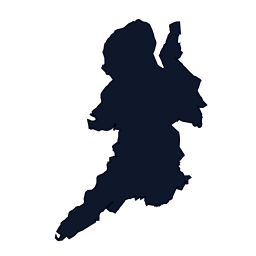 Tureni, Cluj, Romania (orthographic projection), rotated 266°
{"feature_id": "2599482B36645978156904", "entity_name": "Tureni", "entity_type": "district", "adm_level": 2, "iso_a3": "ROU", "parent_name": "Romania", "parent_adm1": "Cluj", "projection": "orthographic", "projection_center": [23.671, 46.648], "detail": "fine", "context": "isolated", "style": "filled", "palette": "ink", "viewbox_px": 256, "rotation_deg": 266, "n_neighbors": 0, "source": "geoboundaries", "source_scale": "gbopen_adm2", "svg_char_len": 5789}
<svg xmlns="http://www.w3.org/2000/svg" viewBox="0 0 256 256"><g transform="rotate(266 128 128)"><path d="M48.8,152.3L48.2,153.6L48.8,153.8L49.0,155.2L50.1,155.6L50.1,156.1L49.8,157.0L50.4,158.3L50.2,161.0L51.8,162.8L52.4,163.2L52.8,162.9L53.3,163.7L54.3,166.5L55.0,166.9L57.3,167.7L63.2,170.9L65.6,172.5L66.0,173.2L65.4,173.7L64.2,173.0L62.7,176.8L63.6,177.8L65.5,178.7L67.2,180.0L70.8,181.1L70.8,182.4L68.4,181.9L68.5,183.7L72.5,183.8L74.3,187.1L75.6,186.0L76.0,185.4L75.8,184.2L76.0,182.3L75.9,180.9L76.0,180.6L79.2,179.3L79.8,178.6L80.0,177.9L81.4,176.5L81.9,176.3L82.3,176.2L84.0,176.6L85.2,175.9L85.2,175.6L87.0,174.8L87.9,176.7L89.7,176.1L90.1,176.8L91.5,175.7L92.0,176.6L93.1,177.9L93.0,178.2L95.7,180.5L96.4,181.5L97.0,182.0L105.5,177.4L111.8,178.3L115.5,178.4L120.2,178.0L120.5,177.4L128.2,170.4L130.7,174.6L131.9,177.2L131.6,177.7L133.3,179.4L131.2,183.0L128.6,193.2L127.4,193.1L126.6,193.3L125.4,194.5L125.3,195.6L125.8,197.0L125.8,197.7L125.6,198.0L124.9,198.0L124.1,198.3L123.8,199.0L123.8,199.7L124.5,201.0L125.2,201.4L126.9,201.6L129.4,201.5L133.8,202.1L133.7,202.4L136.4,201.8L136.6,202.3L143.9,199.5L144.3,199.5L143.7,201.7L143.7,203.6L143.4,204.1L145.5,207.9L149.7,204.4L153.1,203.2L154.5,202.0L159.9,199.4L161.2,199.5L163.2,200.7L169.6,203.2L170.1,203.9L170.4,203.8L171.4,203.0L173.5,200.0L174.3,199.1L174.9,197.2L179.9,192.5L184.1,189.2L186.2,187.2L188.0,186.3L190.7,183.5L191.7,182.9L193.2,181.5L193.5,181.0L194.2,180.6L194.2,182.9L194.3,183.4L194.8,184.2L195.4,184.8L197.6,185.9L198.0,186.4L199.4,187.3L201.5,185.2L203.9,185.9L208.4,185.0L208.7,185.2L208.6,184.1L208.8,183.5L210.6,183.1L215.8,184.0L217.1,184.9L219.1,185.4L218.5,186.7L230.1,186.6L230.1,183.6L229.8,182.1L229.5,181.1L227.7,177.0L227.4,177.1L226.0,176.8L224.3,177.1L222.3,177.0L221.5,177.4L221.0,177.4L219.6,176.8L217.7,174.8L216.8,174.9L215.8,174.1L215.2,174.0L212.3,172.6L211.5,172.3L211.0,172.4L209.9,171.9L209.4,171.4L208.8,171.1L208.5,170.1L207.7,170.1L207.4,169.6L205.4,168.7L204.9,168.3L204.7,167.9L203.1,167.2L201.7,166.1L201.0,166.1L199.0,165.3L198.8,165.1L198.7,164.8L198.0,164.5L196.3,165.3L191.8,166.9L190.0,167.3L185.9,168.9L185.3,168.4L184.4,166.8L188.5,161.6L200.7,157.6L202.7,158.9L209.2,161.2L210.7,161.6L212.9,161.3L216.2,160.2L219.7,159.7L223.8,158.6L229.3,156.6L229.9,156.3L230.2,155.6L231.9,153.3L232.2,151.4L232.6,150.2L232.9,149.6L235.0,146.9L235.3,146.3L235.3,145.6L234.5,143.7L233.3,143.1L232.9,142.4L233.6,141.0L233.6,140.5L232.7,139.0L231.9,136.5L231.1,135.3L229.2,132.9L227.7,130.4L227.2,128.4L226.7,124.8L226.1,123.0L225.4,121.9L223.8,121.2L221.7,117.9L221.4,118.0L220.0,116.9L219.0,115.8L218.1,114.5L216.4,113.3L216.1,112.9L215.1,112.6L213.5,111.0L210.5,110.2L208.7,109.9L206.4,109.1L205.5,108.5L199.8,110.0L194.0,109.8L192.3,109.0L192.2,108.6L192.2,107.4L191.3,107.1L189.6,106.2L185.3,109.9L184.7,110.2L184.2,110.1L183.7,110.2L183.4,110.5L182.9,112.5L182.1,113.9L177.2,117.0L176.2,116.0L175.6,115.0L174.4,113.7L174.2,113.2L173.3,112.6L171.1,110.5L170.8,109.7L169.9,108.7L167.4,106.5L164.6,104.3L163.5,103.7L159.6,103.4L159.4,103.7L155.4,103.9L151.7,99.7L150.0,98.3L148.1,95.2L146.6,93.6L145.2,94.0L143.5,95.4L143.3,95.4L144.0,93.8L144.3,93.4L144.5,92.6L144.4,91.6L144.2,91.5L142.8,93.0L141.7,95.3L141.0,96.3L139.8,96.8L138.7,97.6L137.2,95.2L137.1,92.6L137.7,91.0L138.3,90.2L139.0,88.5L134.0,89.2L130.4,89.4L130.5,91.1L130.3,91.3L129.7,91.1L129.9,92.8L129.8,93.6L128.4,96.4L128.2,97.1L127.6,97.9L127.4,98.9L128.3,100.2L128.1,100.6L128.6,102.5L128.0,103.4L127.9,103.9L128.0,104.3L127.6,104.6L127.7,106.0L127.3,106.2L127.4,106.8L127.3,107.3L127.6,108.0L127.4,108.5L128.7,111.6L133.1,115.5L132.3,116.7L131.6,115.7L130.0,114.4L127.3,113.8L127.1,114.2L128.1,114.8L127.6,117.4L126.7,120.2L125.3,119.5L124.6,118.9L124.1,118.7L120.3,118.5L118.2,117.8L114.6,117.0L114.0,117.4L114.1,117.2L113.9,115.9L111.3,112.0L110.9,111.6L109.9,111.5L109.7,111.8L109.1,112.1L106.8,111.8L105.7,113.0L105.0,113.2L103.9,114.0L103.4,114.1L103.0,113.4L101.8,113.6L100.9,114.3L99.5,107.9L95.0,107.7L95.2,105.8L94.3,105.7L93.0,104.7L88.7,105.0L86.8,104.2L85.0,101.6L84.1,100.6L83.8,99.4L83.2,98.6L83.0,97.8L83.0,96.9L82.3,95.9L81.9,94.5L80.3,93.7L77.1,93.6L74.5,93.1L70.8,91.1L69.0,88.9L68.4,87.9L68.2,87.1L68.3,84.5L68.2,83.6L67.3,82.2L66.5,81.5L65.9,81.1L63.3,80.5L60.5,79.5L57.3,79.8L55.2,78.7L54.8,78.1L54.3,76.9L53.1,74.9L52.9,74.1L52.8,72.2L52.5,70.8L50.4,68.5L49.7,67.2L48.5,64.7L48.0,64.0L47.2,63.6L44.6,62.7L43.6,62.5L42.9,62.1L42.1,60.6L40.4,59.0L39.7,57.3L38.1,55.1L37.7,54.8L35.9,54.6L33.9,52.8L29.7,49.9L27.9,51.8L26.3,54.0L23.7,52.8L22.5,51.7L22.2,50.7L22.2,50.4L23.9,49.1L25.8,48.6L25.3,48.4L24.5,48.4L23.8,48.1L23.4,48.1L23.2,48.2L23.3,48.6L21.8,49.4L20.9,50.4L20.7,51.5L21.2,53.9L20.9,54.2L24.9,59.3L21.9,61.6L24.5,66.7L27.9,70.6L28.7,72.8L29.8,75.9L31.7,79.3L32.2,80.5L33.3,82.4L36.2,88.0L36.7,88.8L38.9,88.8L39.0,89.2L38.3,89.7L38.3,92.4L38.9,92.3L40.7,92.7L42.3,92.6L44.2,93.2L45.2,93.9L46.5,95.3L46.9,97.0L47.5,97.7L48.7,98.6L49.3,99.6L50.1,100.5L51.3,101.4L52.1,102.8L55.4,107.1L55.1,107.5L54.5,107.3L53.5,105.8L52.0,104.2L49.6,101.1L48.0,102.4L47.4,103.2L46.5,104.0L46.0,105.6L45.8,106.8L44.9,108.7L44.5,108.9L44.3,109.3L46.6,111.2L47.9,112.7L49.6,113.8L52.0,116.2L54.2,118.0L54.9,118.8L56.0,119.5L56.8,120.2L57.9,123.9L57.9,124.7L57.7,125.4L59.6,131.2L58.9,131.0L57.9,130.2L56.4,130.5L55.8,130.8L56.8,132.1L57.6,134.0L59.3,135.8L58.8,135.9L58.2,135.6L57.9,135.8L56.2,135.9L58.4,139.9L57.4,139.8L57.3,140.3L56.9,140.5L56.0,140.1L54.6,139.8L53.9,140.0L53.4,140.4L53.2,141.0L52.7,141.0L52.6,140.7L52.1,140.6L50.7,140.7L49.7,141.3L50.9,143.0L50.8,143.3L50.4,143.7L50.7,144.2L50.0,144.8L50.0,146.1L49.6,146.6L49.5,147.9L49.1,149.1L48.4,149.4L48.9,149.9L48.4,150.5L48.8,150.5L48.8,151.1L48.7,151.8L48.4,152.0L48.8,152.3Z" fill="#0f172a" stroke="#020617" stroke-width="1.5"/></g></svg>